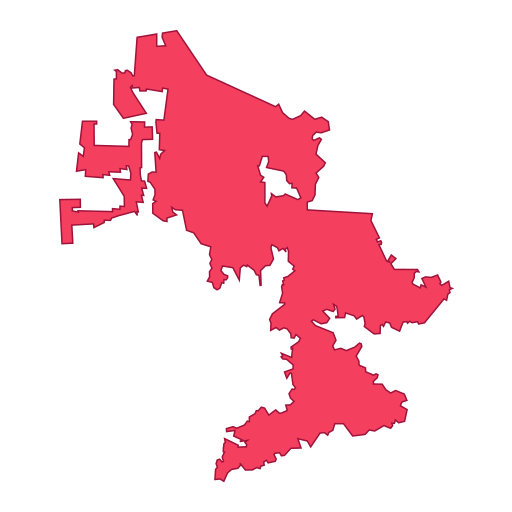 outline of Matías Romero Avendaño, Oaxaca, Mexico
{"feature_id": "50627088B25064562283862", "entity_name": "Matías Romero Avendaño", "entity_type": "district", "adm_level": 2, "iso_a3": "MEX", "parent_name": "Mexico", "parent_adm1": "Oaxaca", "projection": "robinson", "projection_center": [-94.977, 17.133], "detail": "fine", "context": "isolated", "style": "filled", "palette": "rose", "viewbox_px": 512, "rotation_deg": 0, "n_neighbors": 0, "source": "geoboundaries", "source_scale": "gbopen_adm2", "svg_char_len": 6078}
<svg xmlns="http://www.w3.org/2000/svg" viewBox="0 0 512 512"><path d="M372.4,213.7L307.3,209.9L307.2,202.1L312.2,200.6L315.0,194.9L315.4,184.3L318.8,177.5L316.0,173.1L323.6,166.3L325.3,162.8L316.0,154.1L317.9,145.5L321.4,139.4L319.5,137.8L313.7,140.4L312.2,138.9L312.6,135.6L316.3,132.1L321.1,132.8L329.5,130.0L328.3,121.7L321.7,117.2L314.8,119.3L304.5,111.1L300.6,115.7L292.3,119.4L288.9,118.2L282.6,112.7L278.7,104.2L275.6,106.7L206.6,75.1L176.7,30.7L162.5,33.1L162.1,37.1L165.7,45.8L156.7,46.3L156.7,34.0L137.1,37.3L134.3,75.7L132.7,75.9L131.0,72.7L127.1,70.2L125.4,70.7L124.8,72.9L122.0,73.1L117.7,69.7L114.8,70.2L116.4,71.5L116.4,78.9L114.0,79.1L113.6,104.4L123.4,118.3L146.3,113.3L132.9,92.6L130.4,87.4L132.1,85.6L132.4,88.0L139.3,87.5L139.9,90.9L146.1,90.9L146.4,89.0L162.2,91.6L162.6,88.1L168.0,89.1L163.9,120.1L156.2,119.6L155.9,122.1L157.0,133.2L159.8,133.3L159.3,149.7L164.6,150.5L160.7,154.2L159.7,158.5L156.4,152.1L154.8,152.6L156.1,172.2L152.1,172.0L148.3,174.1L147.9,181.4L150.2,182.2L154.9,189.2L155.0,194.7L153.1,199.9L156.1,201.3L152.7,203.6L152.8,213.2L163.1,220.8L167.0,221.5L166.9,218.1L176.6,214.9L172.8,212.1L171.7,207.3L175.3,209.7L182.5,210.3L186.6,230.3L193.7,232.8L201.1,243.7L210.8,246.8L209.5,254.7L211.8,259.5L209.9,263.4L211.9,268.3L209.5,271.7L209.6,276.9L207.3,281.1L212.4,282.5L213.8,287.6L217.0,289.8L219.7,288.3L221.9,282.5L223.7,283.2L224.0,279.5L226.0,279.9L227.6,277.8L227.7,275.8L224.0,274.4L220.9,270.5L222.5,266.0L232.9,267.7L239.3,280.1L240.3,267.8L243.6,265.2L246.8,266.6L247.3,265.0L254.2,270.4L256.4,274.8L258.9,275.2L260.1,285.4L261.1,285.2L260.6,270.6L265.5,265.7L269.9,265.4L273.5,259.0L270.9,247.7L271.9,244.7L277.3,247.6L278.9,250.8L283.1,248.4L286.1,252.0L285.2,249.4L287.2,247.6L288.5,251.1L288.3,261.3L294.2,266.1L292.7,269.1L294.9,270.8L287.8,276.5L283.7,277.8L284.3,280.1L282.7,280.9L283.6,284.9L282.3,284.7L281.6,286.8L282.6,293.2L279.6,302.7L284.7,302.9L284.6,304.4L272.4,313.8L269.6,319.5L271.0,323.3L270.7,330.4L276.0,327.5L279.4,330.1L284.0,327.8L287.2,328.9L290.8,333.7L291.1,337.7L294.1,338.1L296.0,334.5L300.5,338.4L298.5,341.9L291.0,347.1L291.3,349.0L292.6,348.3L291.6,357.5L281.4,353.3L282.8,355.9L281.1,356.8L282.7,358.9L286.6,359.3L293.1,364.9L293.1,368.9L284.5,372.0L286.8,378.3L290.0,373.0L291.4,373.1L293.0,384.7L295.5,387.6L294.1,389.5L292.1,389.0L289.0,393.7L290.5,398.1L294.0,401.4L290.3,404.9L285.8,405.1L287.2,410.5L281.4,413.1L279.4,413.2L275.7,409.9L268.8,415.1L264.6,408.1L261.3,407.2L258.3,410.7L256.3,410.7L255.0,413.7L249.3,417.0L249.4,421.6L247.3,421.1L244.5,425.0L236.8,428.2L232.9,426.7L226.4,428.6L226.6,431.6L235.0,430.5L233.7,436.1L242.1,439.9L239.8,441.5L247.4,440.4L244.9,442.3L246.7,444.7L246.3,446.8L238.0,447.1L238.2,445.2L224.6,438.6L225.3,442.6L224.0,443.6L223.3,448.9L223.3,451.7L224.5,451.9L222.2,457.1L223.5,461.2L222.1,462.1L219.7,459.2L217.2,460.0L216.1,463.7L217.4,467.2L215.6,469.3L214.9,479.5L220.1,479.0L223.8,481.3L227.6,472.9L231.4,469.5L237.9,468.3L240.5,465.2L239.9,463.2L245.4,470.0L252.5,469.9L256.6,467.6L260.1,468.6L260.7,466.2L264.2,465.2L263.7,462.1L266.4,460.2L268.2,462.9L275.2,461.3L276.2,459.1L274.0,454.6L275.0,453.2L279.6,452.8L281.4,455.8L284.5,455.4L290.9,448.3L301.0,448.0L297.9,438.7L307.3,441.0L310.7,446.9L320.1,433.0L324.5,432.7L327.7,435.2L328.9,432.4L332.8,430.3L334.8,423.7L343.5,423.7L352.7,436.0L365.1,434.4L369.2,430.0L374.7,431.0L383.9,425.6L390.6,428.3L392.7,425.7L391.8,423.1L394.4,423.4L395.4,420.0L398.7,422.8L404.6,421.3L407.1,409.6L400.4,405.7L401.9,402.0L406.9,400.4L404.3,394.1L395.6,390.5L390.7,393.0L386.0,389.9L382.2,384.2L373.4,384.0L373.5,381.2L377.2,377.8L378.0,374.8L376.0,373.8L373.6,375.2L365.6,371.7L365.5,367.9L359.1,365.2L358.9,361.1L356.2,356.1L361.8,346.5L361.2,343.8L359.5,343.1L354.8,347.1L346.3,350.6L340.8,348.3L334.5,349.9L332.7,345.9L336.0,340.3L333.2,332.8L315.5,325.6L311.4,321.2L313.3,319.8L321.2,323.8L326.8,322.7L329.7,318.3L322.7,311.1L326.8,309.3L333.1,311.5L335.1,309.1L333.5,304.3L336.4,306.1L337.2,308.7L338.2,316.2L335.8,316.4L335.8,317.7L344.6,317.6L345.6,312.9L354.2,315.8L356.6,319.1L362.4,315.5L363.9,317.0L365.1,323.6L364.3,326.5L374.1,333.9L380.1,333.5L380.4,325.5L382.0,324.5L383.5,326.4L385.6,322.0L389.8,323.0L391.5,327.3L399.6,331.2L403.0,322.1L406.8,321.6L407.6,323.2L409.6,321.3L412.1,322.7L417.6,321.7L418.6,324.0L424.4,322.9L444.0,298.9L446.6,300.2L447.9,294.1L450.0,292.6L449.3,289.7L452.2,288.4L450.0,287.6L448.7,281.2L441.7,285.4L439.9,283.6L440.9,282.0L437.6,275.0L431.2,277.4L425.5,276.9L421.9,278.5L425.9,287.1L421.1,284.8L420.3,287.9L412.9,284.1L412.1,282.3L414.3,277.6L414.2,273.5L416.3,271.5L418.9,271.9L417.5,269.5L394.3,269.4L390.9,263.7L395.9,258.6L391.3,255.0L387.9,260.8L390.3,262.4L386.6,261.1L378.9,244.7L381.2,244.4L381.6,242.5L380.8,240.8L377.5,241.9L376.3,239.4L379.4,237.9L370.9,220.5L372.4,213.7ZM259.3,165.9L262.3,156.4L268.1,156.4L268.7,161.6L266.5,167.5L283.7,171.1L286.3,174.7L286.7,180.6L289.5,183.7L292.1,183.3L291.9,187.8L296.6,188.1L300.9,197.9L297.8,199.6L285.2,194.0L283.5,195.7L275.8,196.9L271.4,193.6L271.7,196.1L267.1,206.2L264.9,203.0L264.9,182.5L260.6,181.9L263.8,177.3L260.5,175.2L257.7,165.8L259.3,165.9ZM93.9,227.6L104.2,222.5L104.3,220.2L110.5,220.4L111.7,218.0L118.9,215.6L134.5,211.4L137.4,215.4L136.7,211.8L138.3,211.9L136.3,201.8L143.2,202.4L141.4,195.3L143.7,195.4L141.7,188.1L146.6,188.4L144.6,181.1L141.4,180.9L140.2,174.1L140.1,167.8L141.6,167.6L141.5,142.8L142.5,139.6L152.6,139.3L152.2,126.9L144.5,127.1L144.7,122.0L130.6,121.7L132.1,124.3L131.1,128.2L132.6,134.4L130.6,139.6L129.0,139.6L128.9,146.4L94.2,145.4L94.0,124.0L96.7,124.0L96.7,121.2L82.5,121.2L79.8,144.0L84.4,147.7L83.3,156.3L78.6,152.9L76.5,171.2L85.7,169.7L85.3,176.3L103.1,177.7L102.9,174.6L109.7,175.3L108.8,171.8L120.5,172.2L120.0,168.6L126.9,169.5L126.3,165.8L128.6,165.9L130.9,173.2L130.5,180.0L113.2,178.6L124.2,196.3L124.4,206.5L120.0,206.1L119.9,209.3L112.5,208.6L112.6,211.6L78.0,210.8L78.3,212.1L72.3,210.9L72.3,207.6L80.4,207.3L80.3,199.3L59.8,199.6L62.0,243.7L72.8,243.2L71.8,225.1L93.6,223.9L93.9,227.6Z" fill="#f43f5e" stroke="#9f1239" stroke-width="1.5"/></svg>